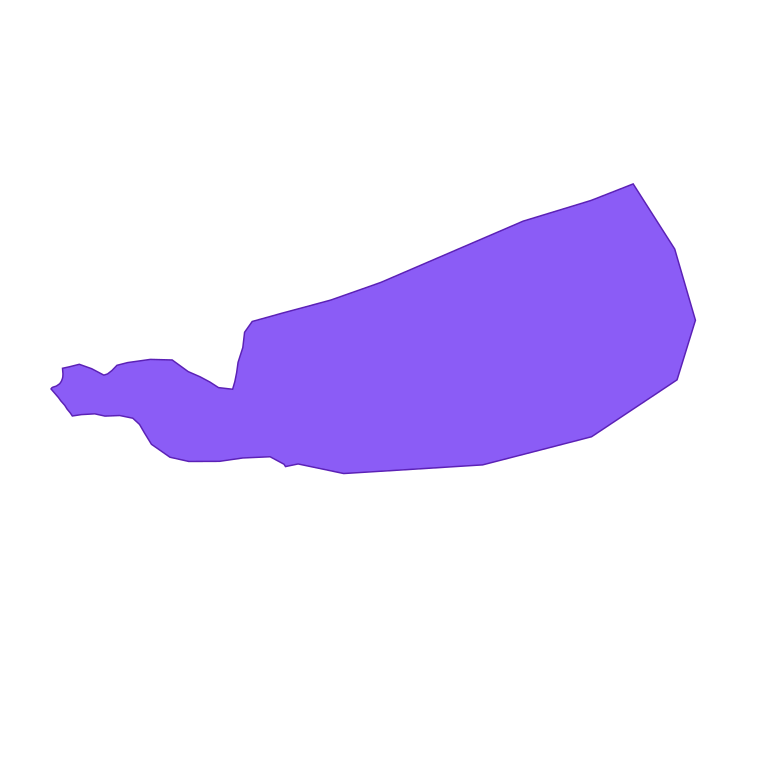 the district of Monchy/Cletus Village, Dauphin, Saint Lucia, rotated 342°
{"feature_id": "8701671B26752019642149", "entity_name": "Monchy/Cletus Village", "entity_type": "district", "adm_level": 2, "iso_a3": "LCA", "parent_name": "Saint Lucia", "parent_adm1": "Dauphin", "projection": "albers", "projection_center": [-60.928, 14.051], "detail": "fine", "context": "isolated", "style": "filled", "palette": "violet", "viewbox_px": 768, "rotation_deg": 342, "n_neighbors": 0, "source": "geoboundaries", "source_scale": "gbopen_adm2", "svg_char_len": 1001}
<svg xmlns="http://www.w3.org/2000/svg" viewBox="0 0 768 768"><g transform="rotate(342 384 384)"><path d="M264.8,432.1L277.6,433.5L318.0,456.7L452.8,491.4L555.3,497.7L565.1,498.3L664.0,470.6L699.9,419.6L701.9,354.6L702.2,345.5L682.8,270.7L637.5,273.4L566.6,272.1L412.2,286.4L359.0,287.7L308.4,285.1L278.0,283.8L267.4,291.7L261.0,305.7L251.9,318.3L247.4,327.6L242.9,335.6L238.4,342.2L225.5,336.3L219.0,328.3L211.3,320.3L201.6,311.7L190.0,295.7L169.4,288.4L146.8,284.4L135.8,283.7L129.4,287.1L124.2,289.0L120.3,289.0L110.7,279.1L100.3,271.1L90.0,270.4L83.1,269.7L82.4,272.6L81.8,275.2L80.7,278.0L79.8,279.5L78.0,281.7L75.7,283.5L71.8,284.7L68.6,284.7L68.0,284.7L66.9,285.0L65.8,285.8L67.0,288.7L70.2,296.3L71.5,300.4L73.8,305.7L74.9,310.1L76.6,314.3L77.7,318.1L86.8,319.6L99.7,323.0L108.7,328.3L122.9,332.3L134.5,338.9L139.0,346.9L141.0,356.2L144.2,369.5L157.8,387.5L174.5,397.4L203.6,406.7L226.8,410.7L253.2,418.0L264.1,429.4L264.8,432.1Z" fill="#8b5cf6" stroke="#5b21b6" stroke-width="1.5"/></g></svg>